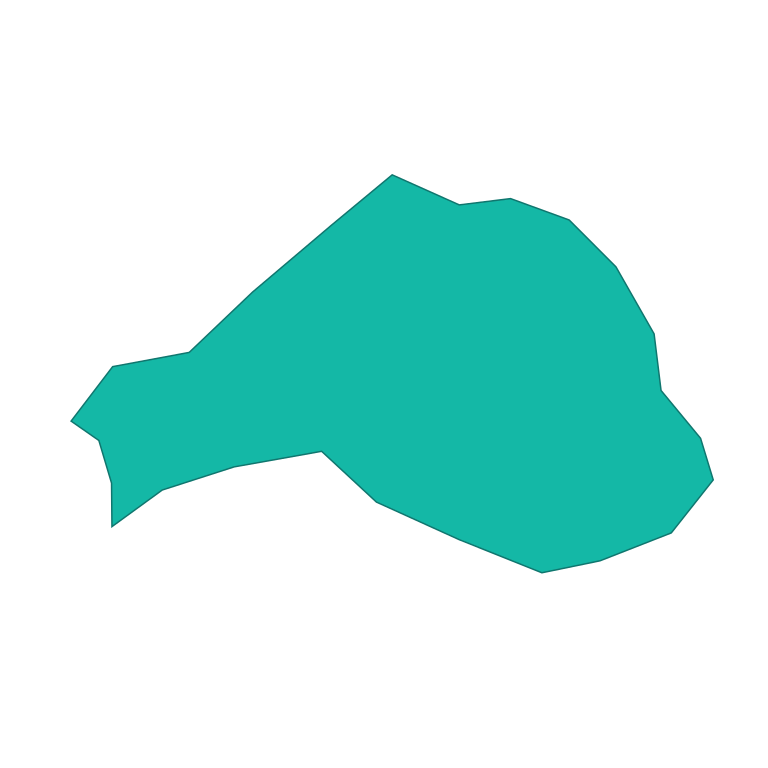 outline of Miskolc, rotated 353°
{"feature_id": "HUN-4922", "entity_name": "Miskolc", "entity_type": "Urban county", "adm_level": 1, "iso_a3": "HUN", "parent_name": "Hungary", "parent_adm1": "", "projection": "equal_earth", "projection_center": [20.688, 48.113], "detail": "fine", "context": "isolated", "style": "filled", "palette": "teal", "viewbox_px": 768, "rotation_deg": 353, "n_neighbors": 0, "source": "natural_earth", "source_scale": "10m", "svg_char_len": 479}
<svg xmlns="http://www.w3.org/2000/svg" viewBox="0 0 768 768"><g transform="rotate(353 384 384)"><path d="M96.6,492.4L101.5,449.2L94.1,405.3L68.9,382.7L116.8,333.7L194.5,328.9L264.8,276.7L351.0,220.1L417.6,177.4L480.5,215.4L532.2,215.4L587.8,243.8L628.5,296.0L658.2,367.2L658.2,424.2L691.6,476.5L699.1,519.3L651.0,566.8L576.9,585.8L517.7,590.6L439.9,547.8L362.1,500.3L313.9,443.2L225.1,448.0L151.0,462.2L96.6,492.4Z" fill="#14b8a6" stroke="#0f766e" stroke-width="1.5"/></g></svg>